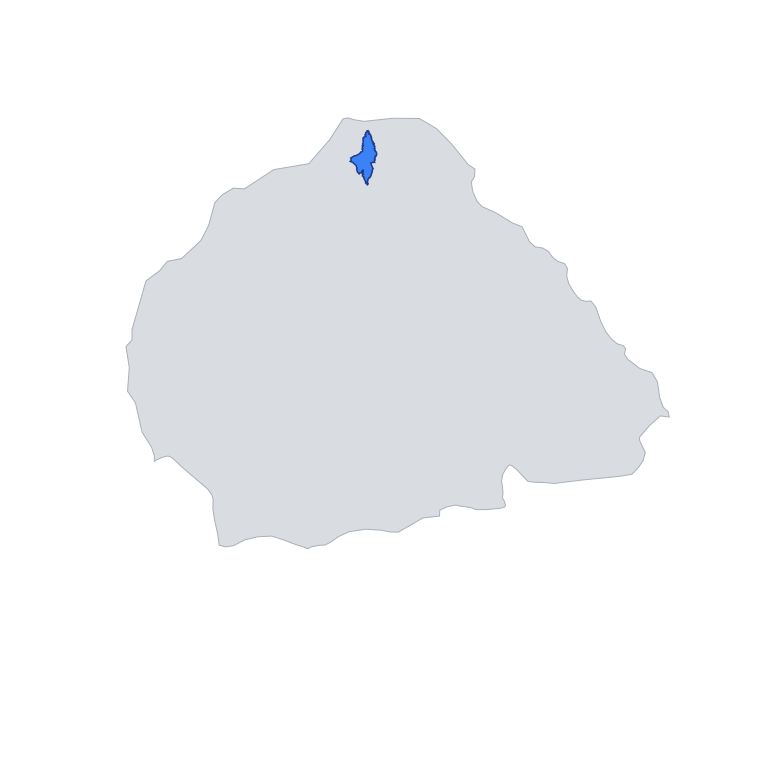 Miguelete, Colonia, Uruguay shown in context, rotated 130°
{"feature_id": "84410073B28336448089611", "entity_name": "Miguelete", "entity_type": "district", "adm_level": 2, "iso_a3": "URY", "parent_name": "Uruguay", "parent_adm1": "Colonia", "projection": "robinson", "projection_center": [-57.58, -34.054], "detail": "fine", "context": "in_parent", "style": "filled", "palette": "blue", "viewbox_px": 768, "rotation_deg": 130, "n_neighbors": 0, "source": "geoboundaries", "source_scale": "gbopen_adm2", "svg_char_len": 5345}
<svg xmlns="http://www.w3.org/2000/svg" viewBox="0 0 768 768"><g transform="rotate(130 384 384)"><path d="M590.9,510.1L586.6,513.9L582.0,521.1L576.4,538.4L558.2,562.3L554.4,575.8L535.0,589.8L521.2,605.7L512.3,605.3L504.3,612.0L458.0,632.6L441.5,628.7L429.3,628.8L418.0,619.7L392.0,616.5L375.7,620.1L353.8,630.1L347.3,629.9L342.5,629.4L330.7,625.2L324.3,616.4L290.7,606.3L263.6,583.2L231.6,582.7L207.1,585.8L203.3,582.7L200.8,576.8L195.7,568.2L174.6,547.9L157.9,527.6L154.6,507.7L156.8,486.1L161.8,460.5L160.9,452.5L167.0,447.9L173.1,447.0L179.0,440.4L184.2,430.4L185.1,422.8L181.0,408.7L178.1,389.1L174.8,379.3L181.5,363.9L181.8,356.4L177.8,349.8L176.8,343.1L178.6,336.1L178.2,329.4L175.7,323.0L177.6,317.7L183.8,313.5L188.4,307.0L191.4,298.4L193.0,291.8L193.1,287.2L191.2,282.9L187.4,278.8L189.1,270.8L196.5,258.7L201.3,248.0L203.4,238.6L203.3,231.1L200.8,225.3L201.8,221.4L206.4,219.4L208.4,213.3L207.7,198.2L203.0,185.8L206.6,175.9L216.9,164.5L222.3,155.3L222.8,148.3L226.0,144.3L230.9,151.9L245.6,153.9L260.4,154.1L262.8,152.2L268.6,139.8L276.2,136.3L284.6,135.4L293.7,136.0L303.3,144.2L330.7,171.0L350.7,189.6L356.8,198.4L362.1,205.0L366.1,211.1L364.3,227.0L364.5,234.0L365.4,236.0L370.0,236.2L376.8,235.0L382.6,231.7L387.1,226.6L391.5,222.4L395.0,220.2L396.3,216.8L398.4,213.3L400.5,212.5L404.5,215.1L413.8,224.2L421.0,232.6L422.7,237.5L425.5,242.5L428.4,246.8L430.5,251.1L437.5,256.7L444.7,260.2L449.5,256.6L461.6,268.1L488.2,277.8L493.1,283.7L497.7,292.0L506.9,304.6L519.7,315.9L530.1,320.7L540.0,323.4L545.6,325.9L549.4,330.2L555.4,334.9L559.3,336.6L560.5,340.8L564.3,350.0L568.3,361.5L572.7,372.3L582.3,382.6L593.1,390.6L604.4,395.2L610.7,400.8L613.4,406.6L605.6,415.3L597.2,426.2L589.7,434.8L582.1,440.8L579.5,444.9L577.8,451.3L577.5,485.2L576.7,497.8L577.2,501.2L578.2,503.4L582.9,506.8L588.6,509.6L590.9,510.1Z" fill="#d9dde1" stroke="#a8b0b8" stroke-width="1"/><path d="M207.8,543.8L207.8,544.7L207.7,545.6L207.2,545.6L206.5,545.6L206.3,545.8L206.7,546.2L206.8,546.6L206.4,546.7L206.1,546.7L206.1,546.9L206.5,547.4L206.5,547.8L206.2,548.1L205.6,548.1L205.4,548.2L205.5,549.4L204.4,550.6L204.4,551.4L204.2,551.6L203.8,551.6L203.4,551.7L203.3,551.9L203.3,552.6L203.2,552.9L202.9,553.0L202.5,553.0L202.1,554.1L201.6,554.7L201.6,555.0L201.6,555.3L201.7,555.6L201.9,555.9L202.2,556.2L202.3,556.5L202.2,556.6L201.8,556.5L201.6,556.4L201.3,556.4L201.2,556.7L201.2,557.5L200.9,557.6L200.7,557.7L200.4,557.7L200.3,557.9L200.3,558.1L200.4,558.3L200.6,558.7L200.4,558.8L200.2,559.1L200.4,559.2L200.7,559.4L200.9,559.7L201.3,559.6L201.7,559.2L202.2,559.1L202.5,559.4L203.3,559.5L203.6,559.2L204.0,559.0L204.4,558.5L204.6,558.3L204.8,558.6L205.1,558.8L205.6,558.4L205.8,557.6L206.0,557.1L206.4,557.4L206.8,557.4L207.3,557.8L207.5,557.4L208.1,557.6L208.1,558.0L209.2,558.1L210.0,557.5L210.5,556.5L211.2,556.5L211.6,555.8L212.2,555.5L212.8,554.9L213.9,554.7L214.0,554.2L214.3,554.0L214.6,553.9L214.6,553.5L214.8,552.9L215.5,553.6L216.0,553.0L216.4,552.9L216.9,552.6L217.2,551.8L218.2,551.8L218.2,551.0L218.9,550.4L219.7,550.0L220.0,550.0L221.2,550.9L223.3,550.7L227.2,552.3L228.1,553.3L232.3,554.7L232.3,554.2L233.0,553.8L233.4,553.0L235.2,553.0L234.4,550.4L234.4,549.5L234.6,545.8L236.2,543.2L236.9,543.2L238.7,540.7L238.7,540.1L239.0,538.1L238.0,538.3L236.8,537.0L235.6,537.6L233.7,537.7L233.6,537.3L233.8,537.0L234.3,537.0L234.5,536.6L235.0,536.8L235.1,536.4L235.2,536.2L235.7,536.2L235.8,536.0L235.9,535.6L236.4,535.6L236.6,535.4L236.6,534.8L236.6,534.6L237.6,535.0L237.8,534.7L238.5,534.4L238.5,533.9L238.5,533.4L238.4,532.5L239.0,532.3L239.1,531.6L239.4,531.4L239.5,530.9L240.1,530.2L240.1,529.2L240.5,528.9L240.6,528.4L241.0,528.2L241.2,527.7L241.8,527.4L241.9,525.4L242.1,524.9L241.9,524.8L241.9,524.7L241.7,524.7L241.4,524.7L241.3,524.8L241.2,524.8L240.9,525.0L240.7,525.0L240.6,525.4L240.5,525.5L240.5,525.8L240.5,526.0L240.4,526.0L240.1,526.3L239.9,526.7L239.9,526.8L239.4,526.9L239.0,526.9L238.9,526.9L238.7,527.0L238.4,527.2L238.4,527.3L238.2,527.5L237.8,527.7L237.7,527.7L237.5,527.8L237.4,527.9L237.2,527.9L236.9,527.9L236.7,528.0L236.4,528.0L236.4,527.9L236.2,527.8L236.2,527.7L235.9,527.7L235.7,527.7L235.5,527.8L235.4,527.8L235.4,527.7L235.2,527.7L234.9,527.6L234.7,527.6L234.4,527.6L234.1,527.5L233.9,527.6L233.7,527.6L233.6,527.8L233.2,527.9L233.1,528.0L232.7,528.1L232.3,528.1L232.2,528.1L231.9,528.2L231.7,528.3L231.4,528.5L231.2,528.6L231.1,528.8L230.9,528.9L230.6,529.0L230.4,529.0L230.1,529.0L229.9,529.0L229.7,529.2L229.7,529.3L229.3,529.3L229.0,529.3L228.9,529.4L228.9,529.5L228.7,529.7L228.6,529.8L228.4,529.9L228.3,530.0L228.2,530.0L228.0,530.3L227.9,530.3L227.7,530.4L227.5,530.5L227.3,530.6L227.2,530.6L226.9,530.7L226.5,530.6L226.4,530.6L225.9,530.9L225.9,531.0L225.8,531.4L225.7,531.5L225.6,531.8L223.2,536.3L221.0,534.6L220.4,533.8L220.3,534.3L220.0,534.6L219.4,534.5L219.1,534.5L218.9,535.0L218.6,535.0L218.1,534.9L218.0,535.2L217.9,535.6L217.5,535.5L217.4,535.7L217.3,536.2L216.8,536.3L216.4,536.2L216.0,536.7L215.2,537.1L214.8,536.6L214.3,536.6L214.0,537.0L213.7,536.9L213.2,536.9L212.6,537.5L212.1,537.8L211.9,538.4L211.3,538.8L211.3,539.6L211.1,540.3L210.9,540.6L211.0,540.9L211.1,541.0L211.0,541.4L210.1,541.8L210.2,542.3L210.1,542.7L209.9,542.6L209.5,542.4L209.4,542.7L209.1,542.9L208.9,543.1L208.8,543.5L208.4,543.6L207.9,543.8L207.8,543.8Z" fill="#3b82f6" stroke="#1e3a8a" stroke-width="1.5"/></g></svg>